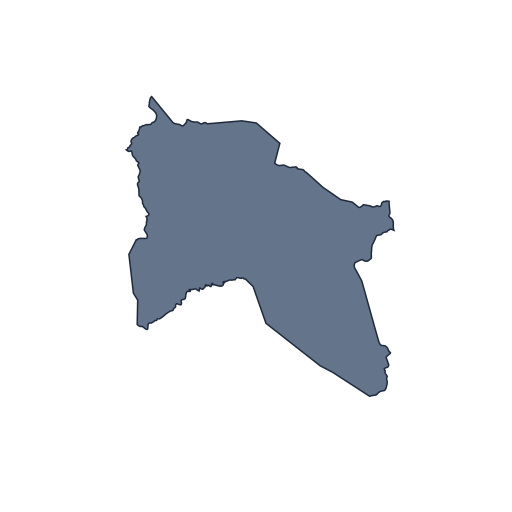 Erandique, Lempira, Honduras, rotated 134°
{"feature_id": "27666195B48277462959075", "entity_name": "Erandique", "entity_type": "district", "adm_level": 2, "iso_a3": "HND", "parent_name": "Honduras", "parent_adm1": "Lempira", "projection": "equal_earth", "projection_center": [-88.442, 14.245], "detail": "fine", "context": "isolated", "style": "filled", "palette": "slate", "viewbox_px": 512, "rotation_deg": 134, "n_neighbors": 0, "source": "geoboundaries", "source_scale": "gbopen_adm2", "svg_char_len": 6111}
<svg xmlns="http://www.w3.org/2000/svg" viewBox="0 0 512 512"><g transform="rotate(134 256 256)"><path d="M297.5,202.1L290.4,133.5L286.4,120.0L278.0,76.9L273.7,74.1L273.2,73.5L272.5,73.1L271.4,72.9L269.0,73.0L267.5,72.6L265.9,71.9L264.0,70.4L263.0,70.1L262.1,70.2L260.5,70.8L257.5,72.5L256.2,73.5L255.3,74.3L254.7,75.0L254.0,76.3L253.4,77.0L252.9,77.4L251.7,77.7L251.1,78.8L250.9,80.4L250.4,81.7L249.9,82.5L248.7,83.4L248.6,83.7L248.6,84.6L248.0,85.4L246.7,85.2L245.1,84.3L244.6,84.1L243.9,84.1L242.9,84.4L242.2,84.8L241.9,85.2L240.9,87.3L239.6,89.7L239.0,91.2L238.6,91.9L237.1,92.2L232.7,91.8L232.2,92.0L232.1,92.4L232.2,93.6L232.1,94.4L231.7,95.5L230.9,97.3L230.7,99.3L230.8,100.1L231.1,101.0L232.8,103.2L233.2,103.9L233.4,104.6L233.4,105.1L233.3,105.6L232.3,108.4L231.7,109.1L231.4,110.0L231.0,110.4L225.4,120.1L200.5,162.5L197.0,173.4L196.2,176.3L195.9,177.0L194.9,178.6L192.3,180.2L188.5,178.9L185.9,177.8L184.8,177.1L184.3,174.7L184.0,174.1L182.3,172.2L181.7,172.0L179.2,171.6L177.9,171.5L177.3,171.7L176.9,172.0L175.7,173.1L174.3,174.7L172.7,175.9L169.8,178.4L167.4,180.1L165.1,180.7L161.5,181.9L157.8,183.4L157.2,183.2L156.5,182.8L154.1,181.0L150.5,180.6L148.9,179.6L147.7,178.6L146.4,178.8L144.9,178.3L144.1,178.4L142.7,177.2L141.7,174.6L141.2,175.7L140.2,176.9L139.0,178.2L137.1,179.9L135.8,181.4L135.1,183.0L134.9,184.9L135.2,186.9L134.9,188.4L132.5,189.2L131.6,189.9L126.3,196.2L125.1,197.5L124.2,198.2L125.7,200.3L126.2,200.7L126.8,200.6L127.3,201.1L127.8,201.9L128.1,202.1L130.3,202.4L131.4,201.7L132.8,201.1L133.6,201.0L134.2,201.2L134.7,201.7L135.8,203.9L138.0,204.8L139.0,205.4L139.4,205.8L140.1,207.0L140.5,208.5L143.3,212.7L144.4,214.3L145.0,214.5L146.9,214.5L148.2,214.8L149.1,215.2L149.7,216.1L150.3,224.1L156.6,234.2L160.1,255.5L160.9,277.9L161.4,279.3L161.1,280.6L161.2,282.2L164.4,286.6L164.5,286.9L164.1,287.1L163.9,288.0L163.9,288.6L164.2,289.2L164.8,289.8L166.0,290.6L167.0,291.7L168.0,292.3L168.7,293.0L169.1,293.6L169.7,294.9L171.2,299.2L174.5,301.8L175.2,302.7L175.8,304.0L176.2,306.0L176.1,307.1L158.4,317.1L160.1,348.2L168.6,360.1L194.9,383.0L194.9,383.8L195.0,384.5L195.2,385.0L195.8,385.6L196.7,386.2L198.7,386.7L199.0,386.9L199.4,387.9L200.2,391.0L201.1,392.1L202.5,393.4L203.7,395.3L204.3,396.6L205.0,399.4L205.4,400.0L205.7,400.2L206.0,400.2L208.1,399.0L210.3,398.8L212.7,398.8L213.4,399.2L213.8,399.7L214.5,402.4L216.8,405.7L217.4,407.1L217.7,408.6L213.8,441.8L214.8,441.9L216.0,441.6L219.5,439.5L220.6,438.5L222.7,437.1L222.9,436.4L222.9,435.4L222.8,434.0L222.5,431.9L222.5,430.3L222.6,428.4L222.9,426.9L223.5,425.7L224.2,424.8L226.2,423.3L227.6,422.7L228.9,422.4L229.9,422.3L230.4,422.4L231.2,422.9L232.3,423.3L232.9,423.3L233.7,423.1L234.4,423.2L235.3,423.7L237.6,426.1L238.6,426.6L239.4,426.8L241.3,428.2L242.1,428.2L243.0,428.3L243.5,428.9L243.9,429.2L244.6,428.8L245.6,428.0L247.2,427.3L248.2,426.9L249.0,427.0L249.5,426.8L249.9,426.4L250.0,426.0L249.9,425.3L250.1,424.9L250.3,424.8L251.1,424.9L252.9,425.7L255.5,426.0L256.6,426.5L258.0,426.5L259.1,426.3L260.2,425.7L260.9,424.9L261.3,423.8L261.9,423.3L264.1,423.3L264.5,423.2L265.0,422.8L265.4,422.7L266.2,422.9L266.9,423.4L268.7,422.6L269.2,422.7L269.7,423.1L269.8,422.7L269.4,420.5L268.7,419.7L267.3,418.9L267.1,418.4L267.4,417.6L269.2,415.1L269.6,414.1L269.9,409.8L270.7,408.0L270.6,407.2L270.2,405.5L270.2,405.2L270.4,404.9L270.9,404.6L272.2,404.5L272.9,404.1L273.3,403.1L274.6,399.5L274.9,398.9L275.5,398.3L276.4,397.6L277.4,397.1L279.2,396.3L280.3,396.0L281.0,395.7L281.7,394.7L283.1,392.1L283.3,391.9L283.9,391.7L285.0,391.8L285.7,391.7L286.2,391.5L286.6,391.2L287.2,390.5L289.1,386.9L293.7,382.2L294.0,381.6L293.9,379.1L294.5,377.4L294.9,376.5L295.4,375.7L296.9,374.3L297.1,373.8L297.5,372.3L298.2,371.3L298.4,370.7L298.5,370.2L298.4,369.3L298.6,368.4L299.6,365.6L299.8,364.7L299.9,363.1L300.0,362.6L300.2,362.2L301.1,361.7L301.8,361.7L302.8,361.9L303.9,362.6L304.7,360.3L305.0,360.0L305.4,360.0L305.6,359.9L306.3,359.0L306.8,358.7L307.7,358.4L309.6,356.6L313.1,355.5L314.6,354.8L314.8,354.4L315.1,353.7L316.1,349.7L316.4,348.8L317.4,347.8L318.5,347.1L319.1,347.0L319.8,347.3L323.3,351.1L324.8,352.4L325.7,352.8L326.9,352.8L327.5,353.4L343.1,348.6L367.9,318.4L369.9,310.5L387.8,293.9L387.8,292.5L387.5,291.1L387.3,290.6L386.7,289.8L385.7,288.9L385.1,284.3L384.7,283.6L384.5,283.3L384.2,283.3L383.7,283.3L383.0,283.7L381.2,285.3L380.1,286.1L379.6,286.3L379.1,286.4L378.0,285.9L377.0,284.8L376.3,284.5L374.3,284.0L372.7,283.9L372.4,283.7L371.8,283.0L371.3,282.8L370.9,282.8L370.1,283.2L369.6,283.1L369.0,282.7L368.4,281.9L367.9,281.6L366.2,281.2L363.9,280.8L360.0,280.5L355.5,279.5L355.0,279.3L353.9,278.5L352.9,278.0L352.6,278.0L351.8,278.4L351.0,278.6L350.2,278.6L349.1,278.4L348.5,278.5L348.1,278.7L347.6,279.4L347.2,279.7L346.4,280.0L345.6,280.0L345.1,279.5L344.5,278.0L343.7,276.6L343.3,276.2L343.0,276.1L342.5,276.3L341.6,276.9L341.1,277.5L340.7,278.4L340.1,278.8L339.5,278.9L338.8,278.7L337.1,277.7L335.9,277.3L334.5,278.1L332.1,279.9L330.7,280.6L329.7,280.9L329.2,280.7L327.2,278.8L326.8,278.8L326.6,279.0L326.6,279.3L326.6,279.6L327.0,280.0L327.0,280.4L326.8,280.7L326.5,280.7L325.7,280.0L324.6,278.7L323.0,277.7L321.7,276.7L321.5,276.2L321.2,274.1L320.7,272.6L320.4,272.7L319.4,273.6L318.1,274.3L317.9,274.0L317.9,273.2L317.8,272.7L317.1,271.4L316.9,271.2L315.0,271.1L313.1,271.2L312.7,271.4L312.1,272.2L311.8,272.3L311.6,272.2L311.4,271.8L311.6,271.0L311.5,270.5L311.1,270.1L310.4,270.3L310.1,270.1L309.9,269.6L309.9,268.5L309.6,267.6L309.3,267.2L308.9,267.2L308.3,267.5L306.9,268.5L306.4,268.6L306.0,268.4L305.9,268.2L305.9,267.8L306.1,267.7L306.6,267.7L306.7,267.4L306.7,267.1L305.7,266.0L303.2,261.6L302.5,260.6L301.9,260.1L300.7,259.5L299.5,259.5L299.1,259.7L297.8,261.3L297.2,261.6L297.0,261.3L297.4,260.6L297.4,260.3L297.2,260.0L296.8,260.0L296.2,260.4L295.8,260.5L294.3,259.4L292.3,258.7L291.0,257.7L290.1,256.5L288.6,255.6L287.9,254.7L287.5,254.6L285.2,254.8L284.6,254.5L284.0,253.8L283.1,252.1L282.3,251.0L281.9,250.8L281.3,250.7L281.0,250.4L280.8,250.0L280.8,249.2L280.7,248.6L280.3,247.9L279.9,247.3L280.0,236.8L297.5,202.1Z" fill="#64748b" stroke="#1e293b" stroke-width="1.5"/></g></svg>